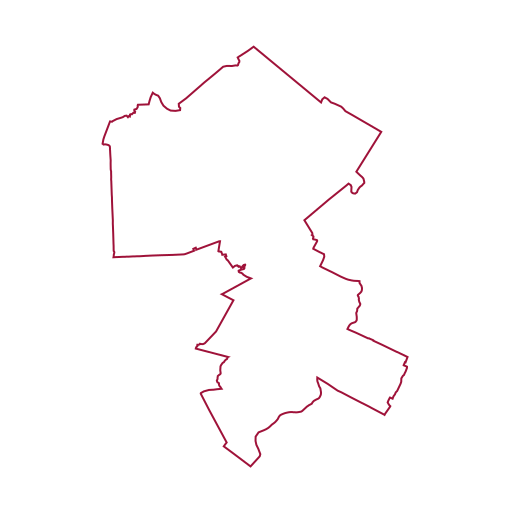 the district of Lucieni, Dâmbovita, Romania, rotated 82°
{"feature_id": "2599482B65138358361276", "entity_name": "Lucieni", "entity_type": "district", "adm_level": 2, "iso_a3": "ROU", "parent_name": "Romania", "parent_adm1": "Dâmbovita", "projection": "mercator", "projection_center": [25.413, 44.845], "detail": "fine", "context": "isolated", "style": "outline", "palette": "rose", "viewbox_px": 512, "rotation_deg": 82, "n_neighbors": 0, "source": "geoboundaries", "source_scale": "gbopen_adm2", "svg_char_len": 6075}
<svg xmlns="http://www.w3.org/2000/svg" viewBox="0 0 512 512"><g transform="rotate(82 256 256)"><path d="M431.2,150.8L430.2,150.1L424.1,144.4L423.4,143.9L422.5,144.6L421.4,145.2L419.3,146.0L417.7,145.1L415.5,143.6L414.8,143.0L416.3,140.6L414.1,139.4L412.4,137.7L410.5,136.6L409.3,135.0L402.6,130.6L400.8,129.7L397.4,129.1L395.1,127.2L394.3,125.9L393.0,125.2L391.2,123.9L387.9,122.1L386.6,121.9L385.9,123.0L384.9,124.8L384.7,125.0L381.8,123.2L382.1,122.7L377.1,120.0L373.9,124.8L370.7,129.6L370.6,129.9L361.4,143.6L356.3,151.5L356.0,151.4L355.8,151.6L355.6,151.8L355.0,152.8L353.5,155.3L353.2,155.6L353.2,156.4L345.8,167.8L343.1,172.3L342.0,174.1L341.0,175.6L338.8,174.1L337.6,173.1L336.6,171.9L336.2,171.1L335.9,170.3L335.4,167.5L335.2,166.8L334.4,165.9L333.7,165.3L332.6,165.0L330.3,164.7L326.7,164.7L326.0,164.5L324.9,163.7L323.7,163.3L322.4,163.1L321.9,162.7L321.5,162.2L319.6,160.1L318.4,159.5L317.9,159.4L317.3,159.6L316.6,159.8L315.8,160.1L313.5,160.3L312.7,160.0L310.7,160.1L310.3,160.4L309.2,160.7L308.7,160.5L308.2,159.7L307.1,158.0L306.0,156.7L305.0,156.1L304.1,155.8L302.5,155.5L300.3,155.7L297.2,157.2L295.3,157.0L295.1,157.9L294.9,158.6L294.2,162.4L293.4,165.0L293.1,165.7L292.3,167.9L291.2,170.1L289.6,172.7L288.1,175.1L282.4,183.2L281.1,185.2L279.8,187.1L277.0,191.3L276.0,192.7L275.2,193.6L275.0,193.9L269.5,190.2L266.2,188.5L263.7,188.4L262.8,189.8L261.8,191.2L261.4,191.8L261.2,192.2L256.8,198.3L256.1,198.0L255.7,197.8L252.7,195.5L250.7,194.0L249.8,193.4L249.1,193.3L248.7,193.5L247.8,195.7L247.4,197.0L247.1,197.1L246.7,197.2L246.2,197.0L245.7,196.7L245.1,196.4L244.6,196.4L244.2,196.7L243.1,197.7L242.8,197.1L241.0,197.1L227.3,203.1L210.3,176.1L198.7,156.6L197.2,154.3L198.1,153.3L199.0,152.3L200.9,151.8L202.9,152.2L205.6,152.7L207.1,151.7L207.7,150.4L208.0,149.1L206.9,147.1L204.8,146.0L202.7,144.1L201.9,143.1L200.9,141.2L199.9,140.1L198.7,138.6L197.5,138.5L196.4,138.6L195.4,138.7L194.5,138.8L194.0,139.0L193.4,139.4L192.5,140.0L190.7,141.6L187.8,143.9L186.5,144.9L150.5,114.7L129.9,140.9L125.0,147.3L122.1,149.1L120.0,150.8L116.2,156.8L114.3,160.4L110.4,163.3L108.4,166.0L110.1,168.6L113.0,170.2L48.4,229.2L51.8,235.6L56.8,246.5L58.5,246.0L60.5,245.3L61.7,245.6L62.8,246.6L64.4,247.2L64.8,247.8L64.4,249.9L64.5,253.4L63.7,258.4L64.0,262.2L67.2,267.2L70.1,271.8L70.7,272.8L76.8,282.8L90.1,303.2L94.5,311.3L97.5,311.5L98.9,310.4L101.0,310.9L101.1,315.5L100.1,320.3L97.8,323.6L94.3,326.7L90.6,328.3L88.5,328.8L86.5,329.2L85.2,329.8L83.6,330.6L82.6,332.4L81.4,334.1L79.9,335.5L84.1,338.2L87.5,339.8L90.9,341.2L89.8,351.9L90.7,352.3L91.8,352.3L92.7,352.9L93.8,353.9L93.9,355.1L94.1,356.1L95.2,356.3L96.3,355.6L97.4,356.1L97.1,357.5L98.4,359.2L98.1,360.0L98.4,361.1L99.4,361.2L100.3,361.5L99.9,362.1L99.8,362.6L100.7,363.5L99.0,364.6L99.0,366.5L99.9,368.4L100.2,369.7L101.0,374.9L102.5,379.2L103.0,379.9L102.4,381.8L116.4,389.5L119.3,390.9L123.5,392.3L123.8,391.9L124.4,391.5L124.4,391.0L124.4,389.9L124.9,388.3L125.7,386.5L127.0,385.5L129.2,385.6L130.1,385.8L131.2,385.8L134.3,386.1L136.8,386.3L141.1,386.6L144.2,387.1L149.9,387.8L151.1,387.8L151.9,387.7L154.2,388.0L157.7,388.4L158.9,388.6L160.0,388.8L161.8,388.9L172.3,390.0L175.1,390.3L177.9,390.5L181.1,390.9L188.9,391.7L200.8,392.8L204.1,393.3L206.3,393.5L214.1,394.3L220.4,395.0L224.0,395.4L226.2,395.6L228.4,395.9L230.0,396.1L231.0,396.2L231.3,396.2L231.8,395.9L232.2,395.8L232.7,395.8L233.1,395.9L234.4,396.4L235.1,396.7L235.7,396.8L236.3,396.9L237.4,397.3L237.7,393.8L237.9,392.1L238.1,389.7L238.3,387.7L238.6,385.5L238.6,384.6L238.7,383.7L238.9,382.7L239.3,377.6L239.5,376.4L239.6,375.1L239.7,373.8L239.9,372.6L240.1,370.7L240.2,369.3L240.3,368.2L240.4,366.8L240.4,366.5L241.1,358.8L242.0,350.1L243.3,338.5L244.1,329.9L244.3,327.6L244.3,326.3L243.9,324.2L242.2,316.7L240.2,317.1L239.8,315.8L239.4,314.5L240.8,314.2L241.5,314.3L236.3,290.4L236.4,289.6L246.0,292.6L246.3,292.3L246.7,290.7L246.8,290.6L247.0,289.8L249.8,289.2L250.1,289.2L250.2,285.7L252.1,285.4L252.4,286.7L255.5,285.5L256.3,284.6L264.2,280.5L262.9,278.3L262.6,276.1L263.0,276.0L263.2,275.7L263.3,275.1L264.2,274.8L263.9,273.6L265.7,272.7L265.3,271.9L264.6,271.1L264.1,270.6L263.2,269.4L263.1,268.6L263.0,268.0L263.2,267.9L263.7,268.1L264.3,268.5L264.6,269.2L265.3,269.9L265.5,270.0L266.3,269.1L267.2,269.8L267.3,270.6L267.4,272.1L267.7,273.6L267.9,274.5L268.1,275.2L268.2,275.3L269.4,275.2L270.2,274.2L270.5,273.1L271.5,271.9L272.8,271.1L275.3,268.1L276.2,266.5L276.2,266.4L277.5,264.1L278.0,265.5L279.4,269.2L288.8,294.1L289.1,295.1L296.7,284.5L325.5,306.3L325.3,306.2L335.2,318.7L335.6,319.7L335.9,320.9L335.7,321.7L335.5,322.9L335.1,323.7L335.7,324.2L335.9,325.3L335.7,326.4L336.3,326.6L336.9,326.5L337.3,326.8L337.6,327.5L338.7,328.3L339.3,328.5L352.1,297.8L352.2,298.1L353.9,299.0L354.6,300.5L355.4,301.5L356.7,302.6L357.2,303.9L359.0,305.6L360.3,306.5L364.2,307.3L367.2,307.3L368.0,307.8L368.7,309.2L369.5,310.5L371.2,311.0L372.4,311.2L373.1,311.6L373.8,312.1L374.8,312.0L375.8,311.7L376.5,310.6L377.3,310.4L378.0,310.6L379.2,310.4L380.0,310.0L380.6,309.5L381.3,309.3L382.1,308.9L382.7,308.6L382.5,313.1L382.5,316.6L382.1,321.2L382.8,326.5L384.1,329.7L384.6,329.9L402.0,323.8L436.6,311.0L438.2,312.7L440.0,314.4L448.7,305.6L463.6,290.7L454.9,280.2L452.8,279.3L447.1,280.6L443.1,281.9L439.1,282.2L434.8,281.5L431.0,278.0L429.6,272.3L428.9,270.0L427.9,267.7L426.7,265.8L425.2,263.8L424.1,261.7L423.2,260.2L421.8,258.5L420.5,257.1L418.7,255.9L417.3,254.6L416.6,253.1L416.3,252.0L416.0,250.9L415.6,248.9L415.4,246.8L415.3,245.0L415.4,243.0L415.7,241.4L416.0,240.5L416.1,239.3L416.4,238.3L416.5,237.2L416.5,235.5L416.4,233.0L415.9,231.8L414.5,229.8L413.4,228.2L412.2,226.5L411.6,225.2L411.0,224.1L410.6,222.8L410.0,221.3L408.9,220.5L408.0,219.5L407.5,218.8L407.1,217.8L406.4,216.0L406.0,214.4L405.4,213.3L404.4,212.4L402.7,211.3L401.7,210.9L400.0,210.6L396.0,210.7L393.9,211.6L390.5,212.2L388.9,212.6L387.1,212.6L384.9,212.2L385.4,211.6L392.6,202.8L400.7,193.9L402.9,190.4L409.1,181.8L416.3,171.6L417.0,170.5L417.3,170.1L421.0,164.8L422.6,162.7L431.1,150.9L431.2,150.8Z" fill="none" stroke="#9f1239" stroke-width="2"/></g></svg>